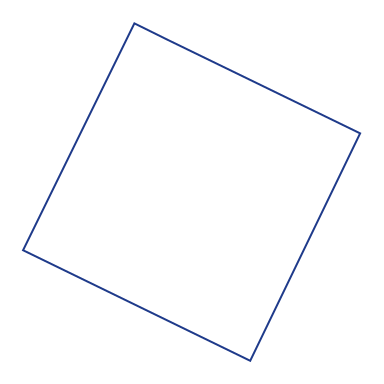 the district of Midland, Texas, United States of America, rotated 26°
{"feature_id": "52423323B34026516853793", "entity_name": "Midland", "entity_type": "district", "adm_level": 2, "iso_a3": "USA", "parent_name": "United States of America", "parent_adm1": "Texas", "projection": "albers", "projection_center": [-102.104, 31.869], "detail": "fine", "context": "isolated", "style": "outline", "palette": "blue", "viewbox_px": 384, "rotation_deg": 26, "n_neighbors": 0, "source": "geoboundaries", "source_scale": "gbopen_adm2", "svg_char_len": 230}
<svg xmlns="http://www.w3.org/2000/svg" viewBox="0 0 384 384"><g transform="rotate(26 192 192)"><path d="M66.3,65.7L65.7,318.4L318.3,318.2L317.4,65.6L103.6,65.9L66.3,65.7Z" fill="none" stroke="#1e3a8a" stroke-width="2"/></g></svg>